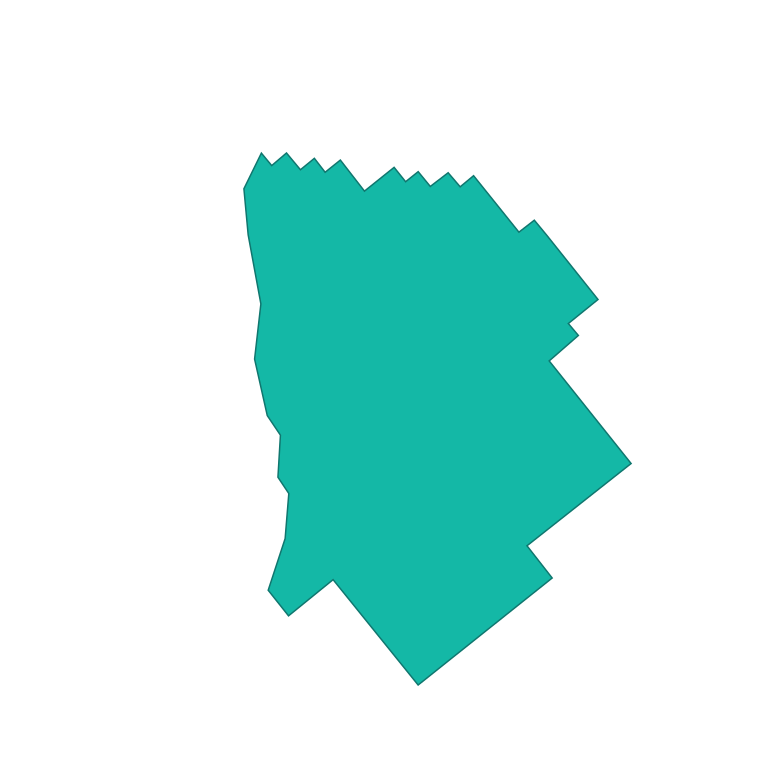 the district of Bacon, Georgia, United States of America, rotated 231°
{"feature_id": "52423323B99380284594024", "entity_name": "Bacon", "entity_type": "district", "adm_level": 2, "iso_a3": "USA", "parent_name": "United States of America", "parent_adm1": "Georgia", "projection": "mercator", "projection_center": [-82.395, 31.564], "detail": "fine", "context": "isolated", "style": "filled", "palette": "teal", "viewbox_px": 768, "rotation_deg": 231, "n_neighbors": 0, "source": "geoboundaries", "source_scale": "gbopen_adm2", "svg_char_len": 639}
<svg xmlns="http://www.w3.org/2000/svg" viewBox="0 0 768 768"><g transform="rotate(231 384 384)"><path d="M166.7,526.0L298.0,526.9L299.4,565.6L315.0,565.3L315.0,603.5L397.0,604.1L416.7,603.9L417.1,584.4L489.5,584.7L489.3,567.3L507.8,566.8L508.4,544.3L527.5,544.2L527.6,528.1L546.0,528.2L546.2,490.2L585.5,491.0L585.6,471.5L603.2,471.9L603.1,453.9L624.9,453.6L624.4,434.2L640.6,434.0L623.9,398.0L585.4,372.3L523.7,338.7L484.8,299.1L432.9,273.4L409.4,271.3L378.3,242.9L358.8,241.1L326.1,209.9L296.6,164.2L263.9,163.9L264.0,221.3L128.6,221.1L127.4,392.6L168.3,393.3L166.7,526.0Z" fill="#14b8a6" stroke="#0f766e" stroke-width="1.5"/></g></svg>